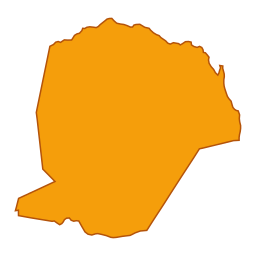 Ceará-Mirim, Rio Grande do Norte, Brazil (Robinson projection)
{"feature_id": "56859067B87292003692052", "entity_name": "Ceará-Mirim", "entity_type": "district", "adm_level": 2, "iso_a3": "BRA", "parent_name": "Brazil", "parent_adm1": "Rio Grande do Norte", "projection": "robinson", "projection_center": [-35.367, -5.598], "detail": "fine", "context": "isolated", "style": "filled", "palette": "amber", "viewbox_px": 256, "rotation_deg": 0, "n_neighbors": 0, "source": "geoboundaries", "source_scale": "gbopen_adm2", "svg_char_len": 1818}
<svg xmlns="http://www.w3.org/2000/svg" viewBox="0 0 256 256"><path d="M219.8,65.5L220.5,67.9L219.7,70.1L218.9,73.1L217.8,75.1L215.4,72.7L213.6,69.4L211.1,66.6L209.1,63.3L208.5,60.0L209.0,57.2L207.4,55.1L205.4,52.8L203.4,52.4L203.0,49.7L201.8,47.5L199.6,46.4L197.1,47.4L193.9,46.5L191.5,44.9L191.1,42.1L188.5,41.5L185.4,41.7L182.6,43.6L180.3,44.9L178.6,43.6L173.4,42.7L170.2,44.1L167.7,43.1L165.7,40.9L160.9,37.6L159.1,35.6L156.4,34.6L153.3,32.7L150.6,30.2L149.1,28.3L144.8,27.3L139.8,24.3L136.0,24.5L133.9,25.1L132.6,27.0L130.5,27.1L127.1,25.6L123.9,24.5L120.3,24.0L116.7,23.2L114.1,20.9L111.8,18.4L109.3,18.5L107.0,19.1L105.1,20.7L103.1,22.3L100.3,24.5L98.2,26.6L96.2,27.6L93.5,27.2L89.7,26.8L86.8,27.3L84.8,28.5L82.7,28.3L81.9,30.6L79.4,33.3L77.1,33.8L74.5,35.4L73.3,37.4L71.6,40.0L67.8,40.1L64.3,39.9L60.5,42.4L58.2,41.5L55.7,42.2L53.5,44.5L49.9,46.3L43.7,76.5L36.3,112.5L37.2,119.3L42.8,169.1L55.0,181.5L18.6,198.4L16.4,207.1L15.4,210.7L18.4,210.2L18.5,215.6L31.3,217.9L38.0,219.0L52.1,221.3L54.3,221.0L56.9,222.9L59.7,224.7L61.8,223.6L63.3,221.8L64.4,219.7L66.5,218.2L69.4,218.0L71.1,220.2L73.7,221.2L76.3,220.7L78.8,221.0L81.4,225.7L85.0,231.9L88.0,234.2L91.8,235.0L95.6,233.8L97.8,233.6L101.2,234.3L106.3,235.6L110.8,237.3L113.2,237.6L116.2,237.4L122.6,236.3L130.1,235.4L132.4,234.3L135.3,232.8L140.3,231.0L146.8,230.4L153.3,220.2L164.2,203.5L171.2,192.5L180.4,178.2L193.8,157.6L199.4,148.8L202.8,148.1L210.2,146.3L233.6,140.6L239.1,140.3L239.1,137.5L239.5,134.6L240.2,131.6L240.6,128.5L240.6,125.5L239.7,121.9L239.3,118.6L239.6,114.9L238.2,110.9L236.2,110.4L234.5,109.3L232.9,107.4L232.0,104.5L231.1,101.2L228.9,98.7L227.4,96.4L226.0,92.4L224.7,88.4L224.1,85.9L223.8,83.2L223.8,79.9L224.3,76.6L224.2,74.0L223.4,70.8L222.7,68.3L222.8,66.0L219.8,65.5Z" fill="#f59e0b" stroke="#b45309" stroke-width="1.5"/></svg>